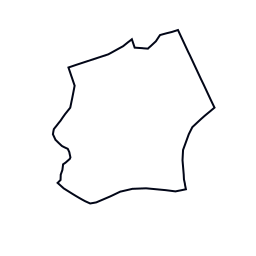 outline of Bilad Ar Rus, Sana'a, Yemen, rotated 245°
{"feature_id": "15242507B85471999170194", "entity_name": "Bilad Ar Rus", "entity_type": "district", "adm_level": 2, "iso_a3": "YEM", "parent_name": "Yemen", "parent_adm1": "Sana'a", "projection": "natural_earth1", "projection_center": [44.271, 15.035], "detail": "fine", "context": "isolated", "style": "outline", "palette": "ink", "viewbox_px": 256, "rotation_deg": 245, "n_neighbors": 0, "source": "geoboundaries", "source_scale": "gbopen_adm2", "svg_char_len": 1416}
<svg xmlns="http://www.w3.org/2000/svg" viewBox="0 0 256 256"><g transform="rotate(245 128 128)"><path d="M206.8,169.0L206.1,166.1L205.8,164.6L204.2,158.1L203.9,153.2L203.3,144.7L203.1,141.2L207.1,107.9L208.0,99.6L202.4,99.0L199.0,98.6L197.8,98.5L188.8,97.5L188.6,97.3L181.7,92.3L178.0,89.6L177.5,89.2L171.3,84.6L170.8,84.2L167.3,77.1L165.1,73.2L163.1,69.9L162.0,67.6L159.7,63.1L159.3,62.2L158.3,60.3L156.0,58.6L154.9,57.9L154.1,57.3L149.2,57.3L147.8,57.3L147.7,57.4L143.9,58.8L139.9,60.4L139.5,60.6L137.3,62.3L136.7,62.8L134.6,64.6L130.9,64.6L129.3,64.2L125.7,63.4L124.6,62.2L123.0,56.8L122.5,53.8L121.8,53.4L117.7,50.8L114.0,47.2L113.3,46.9L109.4,44.9L108.0,41.0L100.5,44.2L100.3,44.3L91.5,50.0L88.2,52.2L85.3,54.2L82.5,56.2L79.8,58.2L75.6,61.8L74.7,65.1L74.0,67.8L73.5,82.8L73.5,85.1L73.6,94.3L73.4,94.9L71.6,103.4L71.0,106.3L65.7,118.9L55.8,135.8L50.5,144.2L49.2,149.5L48.0,154.6L52.6,155.7L53.4,156.0L57.8,157.0L62.2,158.8L75.8,163.8L84.8,168.6L96.7,180.5L101.6,186.7L105.2,197.8L106.6,202.5L109.9,215.0L118.3,214.9L126.5,214.9L127.0,214.9L135.1,214.9L141.1,214.8L141.9,214.8L160.4,214.8L165.1,214.8L167.8,214.8L171.5,214.7L172.7,214.7L180.2,214.7L186.1,214.7L190.2,214.7L194.2,214.7L195.7,214.7L196.5,208.3L197.5,203.3L198.0,200.5L198.7,196.3L197.5,194.3L194.8,189.9L192.7,183.4L191.8,180.3L191.5,179.6L193.8,175.5L194.2,174.9L198.0,168.0L206.8,169.0Z" fill="none" stroke="#020617" stroke-width="2"/></g></svg>